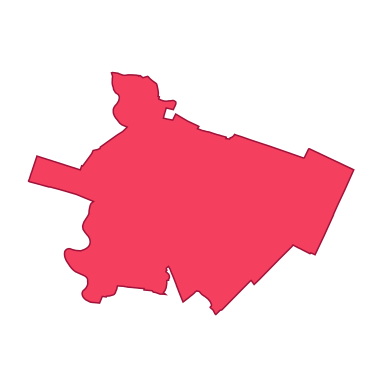 Cosereni, Ialomita, Romania (Mercator projection), rotated 267°
{"feature_id": "2599482B11808069805596", "entity_name": "Cosereni", "entity_type": "district", "adm_level": 2, "iso_a3": "ROU", "parent_name": "Romania", "parent_adm1": "Ialomita", "projection": "mercator", "projection_center": [26.552, 44.674], "detail": "fine", "context": "isolated", "style": "filled", "palette": "rose", "viewbox_px": 384, "rotation_deg": 267, "n_neighbors": 0, "source": "geoboundaries", "source_scale": "gbopen_adm2", "svg_char_len": 5702}
<svg xmlns="http://www.w3.org/2000/svg" viewBox="0 0 384 384"><g transform="rotate(267 192 192)"><path d="M205.7,354.7L229.0,311.5L228.9,310.7L220.2,305.9L220.2,304.9L233.0,273.6L239.3,257.4L241.1,252.8L244.4,244.8L246.7,238.7L247.3,237.6L246.2,236.7L245.8,236.4L245.5,236.0L245.3,235.8L244.9,235.0L244.8,234.9L244.6,234.7L244.4,234.5L244.3,234.1L244.3,233.8L244.2,233.4L244.2,233.0L242.9,232.3L243.6,228.7L244.6,229.1L245.0,229.0L246.2,225.4L246.6,224.2L247.3,222.5L247.7,221.1L247.9,220.2L248.4,219.0L249.6,215.8L250.4,213.9L251.2,211.7L251.3,211.0L251.6,209.6L252.3,207.7L252.8,205.8L253.0,205.2L253.6,203.8L254.0,203.0L254.9,200.8L256.1,201.6L257.1,202.3L257.7,201.3L263.0,191.4L266.9,185.5L270.7,179.8L264.8,176.5L266.2,170.8L267.3,167.3L270.3,168.2L277.3,170.7L275.2,177.7L277.2,178.6L277.8,179.0L278.1,179.2L280.6,180.4L280.8,180.5L282.4,180.6L282.5,180.6L282.8,180.5L283.0,180.4L283.7,179.4L283.9,179.1L284.2,178.6L284.4,178.1L284.4,177.5L284.4,177.2L284.3,176.3L284.2,175.1L284.2,173.3L284.1,172.3L284.0,171.4L284.1,170.6L284.2,169.6L284.2,169.3L284.9,167.2L285.4,165.9L286.7,163.6L288.7,164.4L288.9,164.3L289.2,163.7L289.3,163.1L291.3,163.5L291.5,163.5L291.8,163.5L292.1,163.6L292.3,163.6L292.8,163.6L296.4,163.3L297.9,163.0L298.4,163.0L300.5,162.6L301.4,162.4L301.8,162.2L302.0,162.1L302.3,161.8L305.3,158.1L307.4,155.9L309.2,154.5L309.4,154.3L309.8,153.7L308.7,149.0L309.3,148.2L309.8,147.7L310.9,146.4L311.0,146.2L310.6,145.0L310.6,144.8L311.1,144.8L311.2,144.3L311.2,143.8L311.2,143.6L311.4,143.3L311.5,143.1L311.8,140.7L312.0,139.0L312.0,138.2L312.1,137.7L312.2,136.8L312.3,135.1L312.3,134.2L312.2,133.0L312.1,132.2L312.0,131.3L312.1,130.4L312.2,129.6L312.6,128.4L314.0,125.1L314.2,124.8L314.5,124.3L315.5,118.7L315.2,117.8L313.4,118.3L312.7,118.5L311.5,118.7L309.0,118.3L307.3,118.2L305.1,118.0L304.0,118.1L302.7,118.2L300.8,118.8L298.3,119.1L295.1,120.9L293.3,123.3L292.3,123.9L290.8,124.4L289.1,124.2L286.8,123.5L284.0,121.6L283.0,120.6L281.9,119.5L281.3,119.1L280.6,118.6L279.2,117.9L278.5,117.7L276.5,117.6L275.0,117.6L274.1,117.8L271.8,118.6L269.6,119.9L268.3,120.9L267.1,121.7L264.5,123.5L262.9,125.3L261.9,127.2L260.3,130.7L259.6,130.1L255.9,125.8L253.1,120.7L252.9,120.4L245.9,109.3L245.4,108.6L241.7,102.8L240.3,102.4L239.3,99.7L238.6,95.4L235.5,93.9L223.6,84.1L224.0,83.2L219.9,81.6L236.0,39.0L235.3,38.8L223.1,34.0L220.4,33.0L219.6,32.6L217.8,31.9L215.4,31.0L214.5,30.7L213.3,30.2L212.5,29.8L212.0,29.6L211.7,29.3L211.4,29.3L211.2,29.5L211.0,29.8L210.7,30.4L208.3,37.9L204.4,49.6L204.6,50.1L201.4,60.0L195.6,76.5L191.6,84.9L187.7,93.2L185.8,90.6L183.8,89.6L181.5,88.9L178.9,88.3L175.6,87.9L173.5,86.7L171.3,85.1L169.1,83.5L168.0,82.7L166.7,82.1L164.9,81.4L163.6,81.0L160.3,81.3L157.6,82.9L154.9,84.8L153.3,86.1L152.1,86.7L150.5,87.4L148.4,87.7L147.1,87.7L145.7,87.4L144.1,86.7L142.4,85.3L141.5,84.0L140.6,82.4L140.1,81.1L139.1,77.8L139.5,74.5L139.7,72.9L140.7,69.6L141.2,68.5L141.7,67.2L141.9,66.3L141.8,65.6L141.6,64.5L141.2,63.6L140.4,62.7L139.4,61.9L138.3,61.6L136.4,61.4L134.5,61.5L132.7,61.9L130.0,62.9L124.5,66.1L122.2,67.7L120.3,69.4L118.5,71.5L114.5,79.2L113.7,80.7L112.4,82.1L111.4,82.8L110.4,83.1L109.5,83.2L108.4,83.1L105.6,83.1L104.0,82.5L102.1,81.4L100.9,80.3L99.8,79.0L99.2,78.2L98.4,77.6L97.2,77.1L96.0,76.9L94.6,77.1L92.8,77.8L91.4,78.8L89.9,80.3L87.4,84.6L87.0,86.3L86.4,90.8L85.9,93.9L91.7,96.6L92.4,97.1L91.7,100.7L91.8,100.7L92.0,100.8L92.2,101.0L92.4,101.3L92.4,101.5L92.5,102.1L92.5,103.6L92.5,104.2L93.4,107.9L93.5,108.3L93.8,108.8L94.1,109.2L94.4,109.4L94.8,109.8L95.1,109.9L95.5,110.2L96.2,110.5L96.8,110.7L97.4,111.0L98.3,111.5L99.1,111.8L99.7,112.0L100.3,112.1L101.9,112.5L102.1,112.7L102.2,112.9L102.1,113.1L101.9,114.5L101.5,118.2L100.9,120.8L100.5,122.6L100.4,122.7L99.9,126.5L99.8,127.3L99.7,127.9L99.6,128.7L99.4,129.6L99.3,130.7L99.1,131.9L98.7,134.4L98.3,137.1L98.1,139.1L96.7,138.9L95.5,146.9L95.3,147.2L94.1,148.0L93.5,150.5L91.7,154.7L91.6,156.4L91.5,157.5L91.5,158.1L91.1,160.3L91.8,159.6L92.5,158.0L95.4,160.1L96.5,160.5L97.3,161.0L98.3,161.3L101.8,162.0L104.6,162.1L104.9,162.2L105.0,162.6L105.1,163.8L105.1,164.0L105.3,164.1L105.6,164.0L105.7,163.9L105.8,163.9L106.0,164.0L106.3,164.2L106.6,164.4L107.4,164.8L107.6,164.9L108.2,165.0L108.8,165.0L109.4,165.0L109.9,164.8L110.5,164.6L111.2,164.3L112.9,162.7L113.2,162.3L113.6,161.9L113.8,161.7L114.1,161.8L114.4,161.9L115.1,162.9L115.4,162.9L115.6,162.7L116.1,162.4L116.5,162.3L116.8,162.3L117.2,162.4L117.6,162.7L118.9,164.6L116.5,165.9L116.3,166.0L113.8,166.8L111.7,167.5L110.0,168.2L106.2,169.5L103.1,170.5L100.8,171.3L99.5,171.6L97.9,172.1L95.7,172.9L94.2,173.3L92.2,174.0L85.4,176.3L82.6,177.3L83.6,178.8L86.6,183.1L87.9,184.8L89.5,187.1L91.0,189.0L91.7,189.6L93.0,191.5L92.7,192.1L92.6,192.7L92.5,193.5L92.4,193.7L92.3,193.9L92.0,194.3L91.0,195.0L90.4,195.5L89.9,195.9L88.9,196.8L88.6,197.2L88.4,197.5L88.1,197.9L87.6,198.5L87.4,198.9L86.6,199.9L86.2,200.3L85.8,200.9L85.3,201.3L85.1,201.6L84.5,202.2L84.1,202.6L83.3,203.2L83.0,203.4L82.4,203.9L81.9,204.2L81.4,204.5L80.9,204.7L80.7,204.8L79.8,205.1L79.4,205.3L79.1,205.4L78.4,205.5L78.0,205.5L77.6,205.5L77.2,205.4L76.9,205.1L76.7,204.8L76.5,204.5L76.4,204.4L76.2,204.2L75.9,204.1L75.7,204.1L74.8,205.0L74.0,205.9L72.8,207.0L71.7,207.5L70.9,207.8L70.2,208.2L69.6,208.4L69.1,208.6L68.7,209.1L68.7,209.4L68.5,209.5L72.4,213.9L72.6,215.3L72.7,215.6L73.1,216.1L91.1,235.7L100.1,245.6L100.6,246.5L96.4,249.2L98.6,251.8L102.6,256.3L120.2,275.4L132.1,288.7L133.8,290.1L130.6,295.4L130.0,296.6L127.3,301.2L125.1,305.1L124.2,306.6L124.8,307.2L125.0,307.5L124.8,307.8L124.3,309.0L122.9,311.6L142.2,322.0L161.7,332.1L162.6,332.3L170.6,336.4L186.7,345.0L187.3,345.3L205.7,354.7Z" fill="#f43f5e" stroke="#9f1239" stroke-width="1.5"/></g></svg>